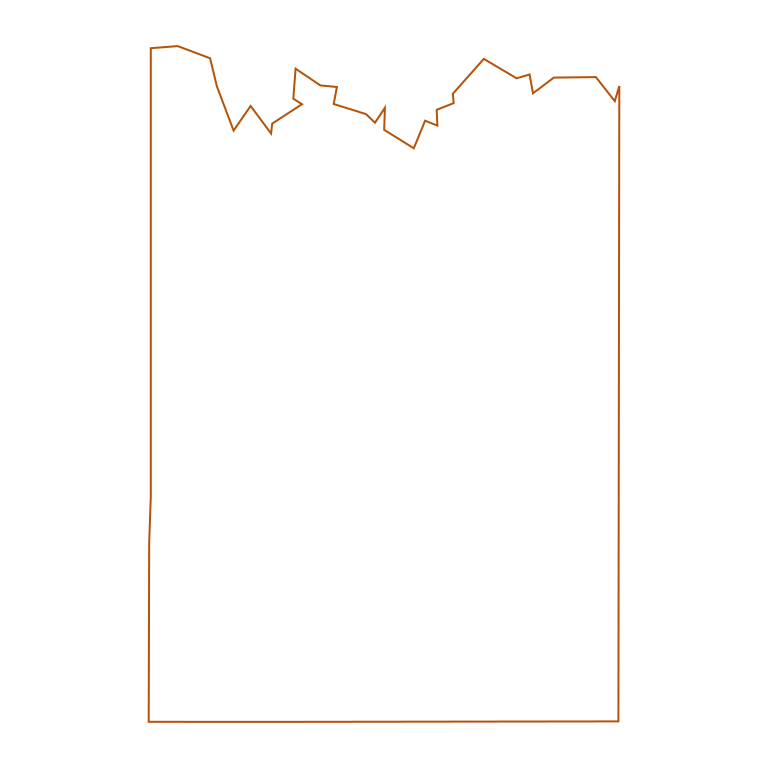 McCulloch, Texas, United States of America (Equal Earth projection)
{"feature_id": "52423323B18546494380839", "entity_name": "McCulloch", "entity_type": "district", "adm_level": 2, "iso_a3": "USA", "parent_name": "United States of America", "parent_adm1": "Texas", "projection": "equal_earth", "projection_center": [-99.373, 31.217], "detail": "fine", "context": "isolated", "style": "outline", "palette": "amber", "viewbox_px": 768, "rotation_deg": 0, "n_neighbors": 0, "source": "geoboundaries", "source_scale": "gbopen_adm2", "svg_char_len": 567}
<svg xmlns="http://www.w3.org/2000/svg" viewBox="0 0 768 768"><path d="M149.2,542.4L148.7,721.8L257.9,721.9L618.4,721.4L619.3,86.0L614.8,101.2L595.9,77.1L553.8,77.6L533.0,93.3L529.6,74.5L516.6,78.3L483.8,58.9L452.8,93.8L453.7,103.1L436.7,109.8L437.4,125.6L425.1,120.7L413.8,148.3L384.2,129.9L384.9,107.8L375.0,122.7L366.0,114.1L333.7,104.0L336.9,87.0L320.3,85.4L295.6,68.7L293.3,98.7L302.0,104.2L272.2,123.6L271.1,133.5L250.6,106.0L233.6,130.6L216.9,86.4L210.1,58.3L177.7,46.1L150.8,48.2L150.8,496.1L149.2,542.4Z" fill="none" stroke="#b45309" stroke-width="2"/></svg>